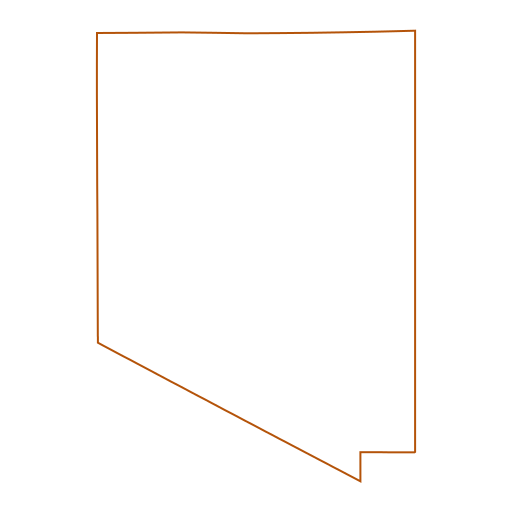 Al Kufrah, Mercator projection
{"feature_id": "LBY-2965", "entity_name": "Al Kufrah", "entity_type": "Municipality", "adm_level": 1, "iso_a3": "LBY", "parent_name": "Libya", "parent_adm1": "", "projection": "mercator", "projection_center": [22.731, 23.273], "detail": "fine", "context": "isolated", "style": "outline", "palette": "amber", "viewbox_px": 512, "rotation_deg": 0, "n_neighbors": 0, "source": "natural_earth", "source_scale": "10m", "svg_char_len": 1576}
<svg xmlns="http://www.w3.org/2000/svg" viewBox="0 0 512 512"><path d="M360.4,481.3L353.6,477.7L346.9,474.2L340.1,470.6L333.3,467.1L326.6,463.5L319.8,460.0L313.0,456.4L306.3,452.9L299.5,449.3L292.8,445.8L286.0,442.2L279.2,438.7L272.5,435.1L265.7,431.6L259.0,428.0L252.2,424.4L245.4,420.9L238.7,417.3L231.9,413.7L225.1,410.2L218.4,406.6L211.6,403.0L204.9,399.4L198.1,395.9L191.3,392.3L184.6,388.7L177.8,385.1L171.0,381.6L164.3,378.0L157.5,374.4L150.8,370.8L144.0,367.2L137.2,363.6L130.5,360.0L123.7,356.5L116.9,352.9L110.2,349.3L103.4,345.7L97.9,342.7L97.9,338.1L97.9,337.5L97.9,336.8L97.8,336.2L97.8,335.6L97.8,335.0L97.8,334.4L97.8,333.7L97.8,333.1L97.7,303.7L97.6,274.2L97.5,244.6L97.4,214.8L97.2,185.0L97.1,155.0L97.0,124.9L96.9,94.7L96.9,63.9L97.0,33.0L115.6,32.9L134.2,32.8L158.1,32.6L182.0,32.4L214.8,32.8L247.7,33.3L279.7,33.1L311.7,32.8L343.7,32.3L375.7,31.7L395.9,31.2L415.1,30.7L415.1,42.3L415.1,54.3L415.1,72.2L415.1,90.0L415.1,107.8L415.1,125.5L415.1,143.2L415.1,160.8L415.1,178.4L415.1,195.9L415.1,213.4L415.1,230.9L415.1,248.4L415.1,265.8L415.1,283.1L415.1,300.4L415.1,317.7L415.1,335.0L415.1,342.3L415.1,349.7L415.1,357.0L415.1,364.3L415.1,371.7L415.1,379.0L415.1,386.3L415.1,393.6L415.1,400.9L415.1,408.2L415.1,415.5L415.1,422.8L415.1,428.3L415.1,433.9L415.1,439.4L415.1,445.0L415.1,451.5L415.1,451.9L415.0,452.0L414.9,452.1L414.6,452.2L414.5,452.3L414.4,452.3L408.9,452.3L400.9,452.3L394.2,452.3L387.4,452.3L380.1,452.2L373.9,452.2L369.2,452.2L360.4,452.2L360.4,459.5L360.4,466.8L360.4,474.0L360.4,481.3Z" fill="none" stroke="#b45309" stroke-width="2"/></svg>